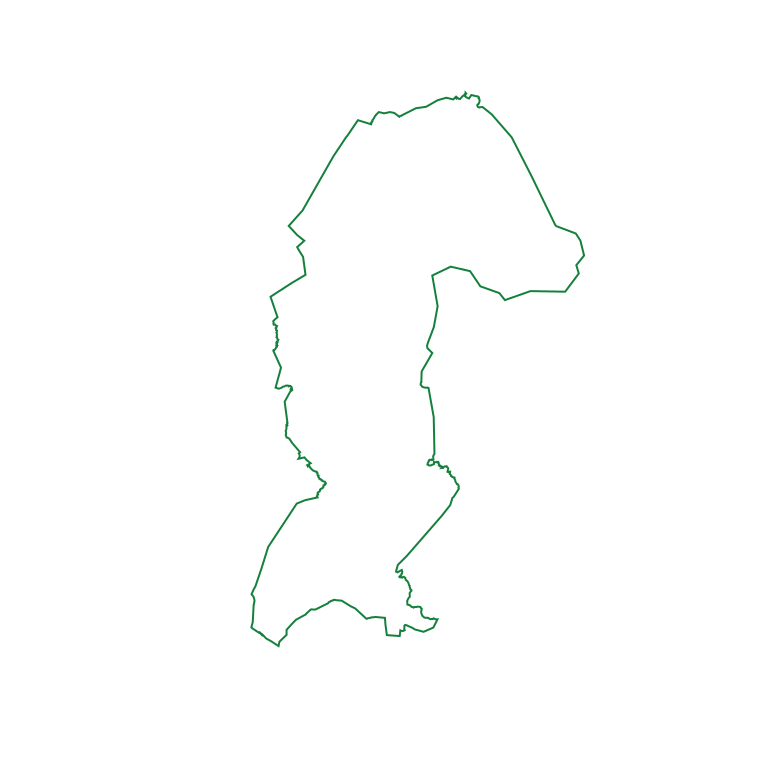 the district of Tynset nor, Hedmark, Norway, rotated 49°
{"feature_id": "86288312B7297449616309", "entity_name": "Tynset nor", "entity_type": "district", "adm_level": 2, "iso_a3": "NOR", "parent_name": "Norway", "parent_adm1": "Hedmark", "projection": "albers", "projection_center": [10.663, 62.36], "detail": "fine", "context": "isolated", "style": "outline", "palette": "green", "viewbox_px": 768, "rotation_deg": 49, "n_neighbors": 0, "source": "geoboundaries", "source_scale": "gbopen_adm2", "svg_char_len": 6129}
<svg xmlns="http://www.w3.org/2000/svg" viewBox="0 0 768 768"><g transform="rotate(49 384 384)"><path d="M410.0,212.5L433.2,186.7L428.4,164.5L420.5,160.9L418.3,148.7L404.6,141.7L396.3,140.5L377.9,150.4L376.2,150.4L323.6,136.2L281.7,125.8L251.2,125.8L239.7,127.9L238.0,130.0L237.8,130.8L236.4,131.4L234.7,130.7L234.4,129.9L234.7,129.2L234.6,128.6L233.7,126.9L232.5,125.6L231.7,125.2L230.6,125.3L230.1,124.4L229.2,124.2L228.3,124.6L228.0,125.1L223.2,128.5L224.3,132.6L222.2,133.6L219.7,134.1L219.5,133.4L219.1,132.8L218.8,131.4L217.7,131.4L218.2,131.9L218.4,133.6L218.7,134.1L218.3,135.4L218.8,139.7L218.0,140.4L216.2,140.8L216.2,142.1L215.2,142.2L214.9,141.0L214.4,141.1L214.5,143.1L214.7,145.0L208.8,149.2L205.0,157.4L202.4,170.4L196.8,179.0L193.0,194.1L193.0,194.8L192.3,195.9L192.4,197.1L186.2,198.4L182.7,201.1L179.8,206.3L175.4,209.5L175.6,213.5L175.8,213.7L175.9,215.1L176.8,217.1L176.9,217.9L177.3,218.9L177.2,219.3L177.4,219.9L178.2,220.4L178.1,220.8L178.4,221.4L178.1,221.4L178.2,222.0L178.5,222.0L179.6,223.3L167.8,230.6L172.7,249.2L172.7,250.1L179.0,273.0L199.6,331.6L202.2,352.2L214.6,351.8L223.6,350.2L223.7,359.7L226.8,360.4L235.0,361.7L250.1,371.6L247.3,387.0L243.7,412.4L263.8,420.6L263.7,422.7L263.8,426.1L264.4,426.7L265.0,426.8L266.1,428.0L266.8,428.3L267.7,427.2L268.6,427.4L270.1,426.7L270.7,428.1L270.6,428.5L270.7,429.1L271.6,429.1L272.4,430.0L272.9,429.7L273.8,429.9L274.1,430.6L274.6,430.9L274.7,431.5L276.6,432.3L276.9,433.0L277.9,433.6L278.2,434.5L279.3,434.4L280.6,435.1L281.3,434.8L281.7,435.8L281.9,437.8L282.3,437.9L282.8,437.4L283.0,438.0L283.3,438.2L283.1,438.8L283.7,439.1L285.0,439.2L285.0,439.7L285.2,439.9L284.7,440.3L285.8,441.0L285.8,441.7L286.2,442.5L286.4,444.0L286.4,444.6L286.0,444.8L286.0,445.1L286.5,445.0L286.6,445.8L304.1,451.0L315.6,468.2L318.3,466.7L318.7,466.1L319.2,465.0L319.6,463.5L319.7,462.0L320.4,461.1L320.6,459.8L320.9,459.0L321.6,458.4L322.0,457.6L323.0,457.2L323.1,456.8L323.7,456.3L323.8,456.6L324.1,456.1L325.4,455.8L326.0,455.9L326.1,456.1L325.9,456.2L326.5,456.6L326.6,457.5L326.8,457.9L327.4,457.5L327.6,456.8L328.3,457.2L328.1,457.7L328.4,458.3L328.1,458.7L328.1,459.4L332.2,470.6L349.9,482.3L349.7,482.6L350.6,483.2L350.9,483.8L350.9,484.4L351.2,484.4L351.4,484.0L351.9,484.1L351.9,484.5L351.4,484.8L352.1,485.3L352.1,485.7L353.3,486.5L354.2,487.6L354.9,489.0L356.8,490.0L357.4,490.6L357.8,491.5L360.5,492.6L361.0,492.1L363.2,491.3L368.1,492.0L380.5,492.1L380.5,493.9L381.8,494.1L382.9,494.7L383.7,495.8L384.3,497.6L387.2,492.2L390.5,492.3L395.7,491.3L394.9,495.1L395.3,495.0L396.3,495.6L396.8,494.1L398.6,494.6L402.4,494.4L404.5,493.5L405.9,492.4L406.6,492.9L407.0,492.5L407.6,492.6L409.0,493.8L410.2,493.4L410.3,493.5L410.3,494.1L411.1,494.6L411.6,494.4L413.2,495.0L414.0,494.3L414.5,494.6L415.5,493.9L416.0,494.3L417.8,493.6L419.0,492.7L420.3,492.9L420.4,493.2L420.9,493.1L421.1,493.4L420.9,493.7L421.1,494.1L420.9,494.1L420.9,494.9L420.8,495.0L421.1,495.9L420.9,496.3L422.0,497.3L421.9,497.7L422.2,498.0L422.2,499.2L421.8,499.7L421.9,500.3L421.7,500.7L421.9,501.0L421.8,501.6L422.3,502.0L422.9,503.2L422.4,505.1L423.1,505.6L423.1,506.0L423.5,506.3L424.2,506.3L424.1,507.2L424.9,507.9L424.8,508.3L426.0,508.6L420.0,519.6L417.0,528.3L431.0,578.3L442.9,597.6L452.4,613.9L453.6,617.4L455.8,621.9L458.7,622.0L461.2,623.0L463.1,624.3L463.6,625.3L464.7,626.3L465.0,627.1L477.6,639.3L480.7,643.8L481.9,643.7L489.9,641.5L489.7,640.8L489.9,640.7L491.9,640.5L492.1,640.9L493.7,640.8L493.5,640.1L498.7,639.9L503.9,638.0L512.6,635.5L509.9,632.0L509.4,622.1L505.6,618.8L504.6,610.4L504.2,605.0L506.6,594.1L506.3,593.4L506.2,587.0L509.2,583.8L512.8,570.0L512.4,569.0L512.9,567.5L512.8,567.0L513.0,566.2L513.3,565.9L513.5,565.0L513.9,564.6L513.8,564.0L514.4,562.9L515.7,562.0L519.7,558.1L530.0,554.9L534.4,553.0L549.6,551.3L550.0,550.9L550.2,549.9L551.6,547.5L551.6,547.2L552.0,546.7L552.3,545.9L553.4,544.7L553.9,543.6L561.1,536.7L566.2,540.5L575.4,546.6L584.5,537.5L580.7,533.3L581.3,533.1L582.8,531.9L583.4,529.9L582.6,529.7L579.8,527.2L579.7,526.4L580.0,525.7L587.2,522.3L589.2,521.9L597.0,516.7L600.2,506.5L596.7,498.0L595.4,499.4L593.4,500.3L593.3,500.7L593.5,501.3L592.5,502.3L592.2,503.0L590.9,503.8L589.7,503.9L589.2,504.6L588.4,505.0L587.9,505.9L586.6,506.8L584.1,507.1L581.4,506.2L579.8,505.0L579.3,503.9L578.8,503.7L578.2,502.9L577.1,503.2L576.2,502.8L573.9,504.8L573.6,505.8L572.5,507.0L572.1,508.4L571.5,508.4L570.6,509.3L567.6,509.7L566.4,510.8L565.8,511.0L562.8,508.7L561.7,506.0L561.5,504.1L558.7,501.9L558.3,500.8L558.1,499.1L557.6,498.5L556.0,498.8L555.4,498.2L554.1,497.9L553.2,497.0L552.3,497.1L550.2,496.1L548.0,495.7L546.1,496.1L544.1,495.1L543.3,495.5L542.5,495.5L542.3,495.9L542.3,496.5L542.1,497.3L541.3,497.4L540.8,498.4L540.1,499.0L539.5,498.9L539.4,498.4L539.6,497.9L539.4,497.0L539.5,496.6L539.3,495.8L538.8,495.4L538.9,494.9L537.7,493.4L536.0,492.6L535.0,497.4L533.5,498.0L533.1,497.5L529.6,492.3L528.7,479.4L521.4,427.1L518.8,413.4L514.8,407.0L514.9,405.5L512.2,396.3L511.1,395.9L510.6,394.9L509.7,394.4L508.1,394.1L507.3,394.7L506.7,394.4L504.4,394.1L503.2,393.2L501.2,392.9L500.8,392.2L499.1,393.5L498.2,393.3L497.4,393.8L496.2,393.2L495.0,393.4L493.5,391.6L493.1,392.2L492.9,393.1L492.0,393.7L491.6,393.4L490.2,391.2L489.7,390.9L488.8,390.7L487.8,391.1L487.1,390.7L486.0,392.4L485.9,393.2L485.5,393.6L486.0,394.1L486.1,394.5L485.2,395.0L485.2,395.3L485.3,395.4L485.1,395.7L484.9,394.8L484.0,394.6L483.2,395.0L483.1,395.5L482.8,395.8L482.1,395.5L481.5,396.0L481.0,395.1L480.1,395.1L478.9,394.2L478.1,394.3L478.0,394.7L478.1,395.1L477.6,395.3L477.7,395.6L475.7,397.5L477.2,398.8L476.1,402.3L474.8,403.6L474.2,403.6L473.3,404.1L472.2,402.5L472.0,401.3L471.3,400.7L471.2,400.3L471.4,400.2L471.1,399.3L471.9,398.6L472.2,397.7L472.9,397.8L473.6,396.4L471.0,394.5L470.4,393.6L469.9,392.2L469.9,391.8L441.6,368.2L416.2,353.0L415.0,353.7L414.7,354.4L413.7,355.4L411.4,356.9L408.5,356.8L407.2,355.3L407.0,354.3L406.5,354.1L399.2,347.3L392.3,327.2L385.4,327.7L383.3,326.4L381.8,324.0L373.7,309.0L360.5,292.5L333.8,276.4L339.2,256.7L355.3,245.0L373.5,247.2L391.1,237.3L400.0,237.7L410.0,212.5Z" fill="none" stroke="#15803d" stroke-width="2"/></g></svg>